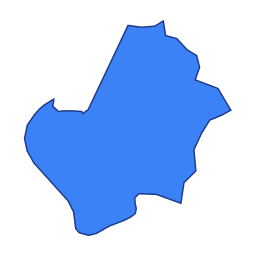 the border of Leposavić, rotated 265°
{"feature_id": "KOS-5893", "entity_name": "Leposavić", "entity_type": "District", "adm_level": 1, "iso_a3": "XKX", "parent_name": "Kosovo", "parent_adm1": "", "projection": "albers", "projection_center": [20.786, 43.117], "detail": "fine", "context": "isolated", "style": "filled", "palette": "blue", "viewbox_px": 256, "rotation_deg": 265, "n_neighbors": 0, "source": "natural_earth", "source_scale": "10m", "svg_char_len": 765}
<svg xmlns="http://www.w3.org/2000/svg" viewBox="0 0 256 256"><g transform="rotate(265 128 128)"><path d="M126.7,24.0L134.7,26.5L139.7,28.0L149.6,36.2L154.8,41.7L158.2,46.5L163.2,56.5L161.6,56.4L156.3,54.8L150.4,60.3L150.7,63.9L149.9,74.3L148.4,83.5L146.3,84.1L149.7,89.9L188.1,112.4L230.2,137.0L227.2,150.1L227.1,163.5L231.5,172.5L216.8,173.5L212.8,184.4L200.8,193.6L194.2,202.7L182.2,204.6L170.1,199.1L159.5,221.0L136.8,232.0L132.8,222.9L128.7,210.1L116.7,201.0L100.7,191.8L79.3,191.8L68.7,179.0L48.4,174.1L59.4,150.5L61.6,133.1L57.8,128.7L52.5,128.5L46.9,129.2L42.3,127.8L39.2,123.2L36.4,116.3L32.0,100.9L25.8,87.4L24.5,79.5L27.9,70.3L32.2,67.2L49.1,66.5L60.6,62.0L101.3,31.3L113.8,25.6L126.7,24.0Z" fill="#3b82f6" stroke="#1e3a8a" stroke-width="1.5"/></g></svg>